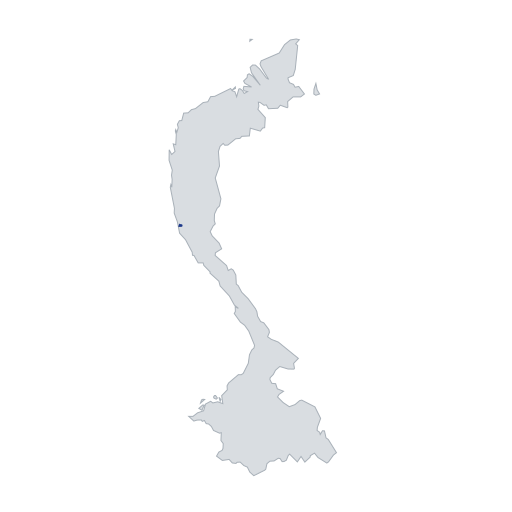 Quang Ngai, Quảng Ngãi, Vietnam (highlighted), rotated 184°
{"feature_id": "81297802B1045120286230", "entity_name": "Quang Ngai", "entity_type": "district", "adm_level": 2, "iso_a3": "VNM", "parent_name": "Vietnam", "parent_adm1": "Quảng Ngãi", "projection": "robinson", "projection_center": [108.808, 15.12], "detail": "fine", "context": "in_parent", "style": "filled", "palette": "blue", "viewbox_px": 512, "rotation_deg": 184, "n_neighbors": 0, "source": "geoboundaries", "source_scale": "gbopen_adm2", "svg_char_len": 4243}
<svg xmlns="http://www.w3.org/2000/svg" viewBox="0 0 512 512"><g transform="rotate(184 256 256)"><path d="M311.9,91.3L307.7,91.6L303.3,95.5L297.5,97.9L296.0,104.8L291.1,107.9L288.8,106.4L284.0,107.9L278.8,106.4L280.5,114.3L275.3,120.5L275.8,124.5L274.4,127.5L265.3,136.4L262.6,136.5L260.6,137.9L256.2,148.4L255.6,157.1L253.6,162.0L251.6,164.1L251.2,166.8L258.0,180.6L262.5,186.1L267.0,189.0L273.7,197.1L272.7,199.3L273.2,203.9L270.0,202.5L270.4,203.0L274.1,205.5L279.8,214.3L289.7,223.6L291.3,228.3L300.8,235.8L300.6,236.9L307.4,243.0L308.2,245.4L313.2,245.1L317.9,252.2L319.4,252.3L319.9,255.3L327.4,267.3L333.8,273.4L336.8,284.6L340.6,293.1L340.7,297.9L346.3,318.6L345.9,321.3L344.8,318.7L345.0,326.5L345.9,330.7L345.5,335.8L349.4,345.4L350.0,355.9L347.2,351.4L344.1,354.6L346.4,362.1L343.8,361.4L344.0,371.6L345.2,375.1L344.9,376.5L343.6,373.8L342.5,378.6L343.6,381.9L341.9,385.6L339.5,385.9L338.1,393.5L333.7,394.1L330.6,397.5L326.7,398.8L319.4,405.4L314.8,406.5L312.4,411.8L308.3,412.4L293.0,421.3L291.3,419.2L288.5,418.4L286.4,413.5L284.8,421.3L283.7,421.8L281.3,420.3L279.1,417.3L275.9,419.4L279.5,420.0L280.4,422.0L279.9,424.4L272.2,424.3L279.1,427.4L280.6,429.7L277.3,433.4L277.2,436.1L275.6,437.3L271.8,435.0L263.6,426.6L273.3,438.5L275.0,443.8L272.7,446.3L269.9,446.4L265.4,442.8L258.1,434.3L255.7,433.1L264.2,445.2L265.4,448.0L264.4,451.1L247.0,460.1L242.3,468.8L236.8,473.9L231.0,475.3L227.9,474.8L231.2,470.4L229.1,468.8L229.9,444.9L231.4,438.6L236.4,436.1L236.4,434.8L234.7,431.2L230.6,429.8L228.8,427.1L225.2,428.1L219.0,421.0L222.6,417.8L230.1,417.3L235.2,412.3L234.6,406.8L235.2,406.1L242.3,408.1L244.6,404.9L253.8,403.8L256.3,407.5L258.5,406.9L262.7,409.5L264.4,409.6L263.6,405.8L264.3,402.4L256.4,394.7L256.3,384.6L258.3,384.1L260.4,380.9L270.6,383.1L271.0,375.3L278.5,374.4L280.2,372.2L284.5,371.5L291.8,364.7L294.9,364.3L296.6,366.0L299.5,362.9L300.8,357.7L298.7,343.2L302.1,331.0L295.0,310.6L295.9,303.4L298.1,300.9L300.3,295.0L300.1,288.5L298.9,285.2L300.9,282.9L303.4,277.1L301.1,273.0L293.7,266.3L290.8,260.8L296.7,256.4L296.8,253.7L284.7,244.4L282.7,239.6L279.8,241.5L277.7,240.3L274.8,235.6L273.7,226.6L271.7,225.2L267.7,218.8L260.9,212.9L252.8,203.3L251.2,200.4L250.2,196.0L246.8,190.9L243.6,189.9L238.0,183.5L237.3,180.8L238.8,176.2L234.9,173.9L227.8,171.7L206.6,156.8L211.0,151.5L209.8,146.6L210.3,145.8L216.1,145.5L224.6,147.4L228.6,143.4L230.5,139.0L233.4,135.6L233.5,133.7L231.4,130.1L227.5,130.0L225.5,125.0L219.1,123.0L223.3,119.6L224.7,116.9L218.7,111.7L212.3,108.0L206.7,110.5L202.3,114.8L200.3,115.4L186.7,109.6L180.2,98.5L182.8,89.5L182.9,86.2L180.2,84.6L179.5,82.4L177.5,86.3L175.5,86.3L173.5,79.5L171.1,78.0L162.0,65.4L164.8,62.9L169.3,55.7L170.9,54.4L180.1,59.3L183.9,63.4L187.9,60.6L188.0,59.1L192.9,53.8L197.1,59.2L200.4,53.5L208.6,60.7L209.9,59.3L211.5,54.4L213.8,52.9L215.6,52.7L217.8,55.6L219.7,55.8L223.7,52.8L227.8,52.3L230.6,49.6L231.4,44.0L232.4,42.9L242.9,36.7L247.1,40.0L249.9,44.8L253.5,46.1L257.4,49.3L260.5,48.9L261.5,47.7L265.2,47.9L268.6,51.2L275.3,49.7L281.4,53.6L279.4,57.8L276.3,59.7L275.5,61.8L275.6,66.6L278.1,69.5L278.3,77.3L280.0,76.7L286.2,79.0L288.6,82.8L291.5,85.1L294.0,85.3L296.0,88.3L298.1,87.3L299.1,88.6L303.4,88.2L306.5,87.0L311.9,91.3ZM209.6,421.6L209.8,426.5L208.3,432.3L206.6,426.0L203.9,422.1L207.5,420.5L209.6,421.6ZM302.4,100.0L298.7,103.7L297.3,103.6L299.2,98.4L302.4,100.0ZM287.7,113.9L286.6,114.0L284.6,111.6L285.7,110.4L288.0,111.3L288.5,112.4L287.7,113.9ZM300.3,108.6L298.9,109.4L297.2,109.3L301.1,105.4L300.3,108.6ZM281.6,108.6L283.1,112.5L281.0,110.4L281.6,108.6ZM291.3,419.9L288.4,423.2L288.2,421.7L291.3,419.9ZM277.1,471.8L274.9,471.8L277.2,469.8L277.1,471.8Z" fill="#d9dde1" stroke="#a8b0b8" stroke-width="1"/><path d="M332.4,280.8L332.2,280.9L332.2,281.0L332.2,281.3L332.2,281.5L332.3,281.6L332.5,281.7L332.8,281.6L333.0,281.7L333.1,281.8L333.3,281.8L333.3,281.7L333.4,281.8L333.5,281.8L333.7,281.7L333.8,281.7L334.0,281.7L334.2,281.8L334.2,281.7L334.3,281.7L334.4,281.4L334.5,281.4L334.6,281.2L334.6,280.9L334.6,280.7L334.7,280.4L334.4,280.4L334.3,280.5L334.2,280.6L334.1,280.8L333.9,280.9L333.7,280.9L333.4,280.7L333.2,280.5L332.9,280.5L332.7,280.6L332.6,280.8L332.4,280.8L332.4,280.8Z" fill="#3b82f6" stroke="#1e3a8a" stroke-width="1.5"/></g></svg>